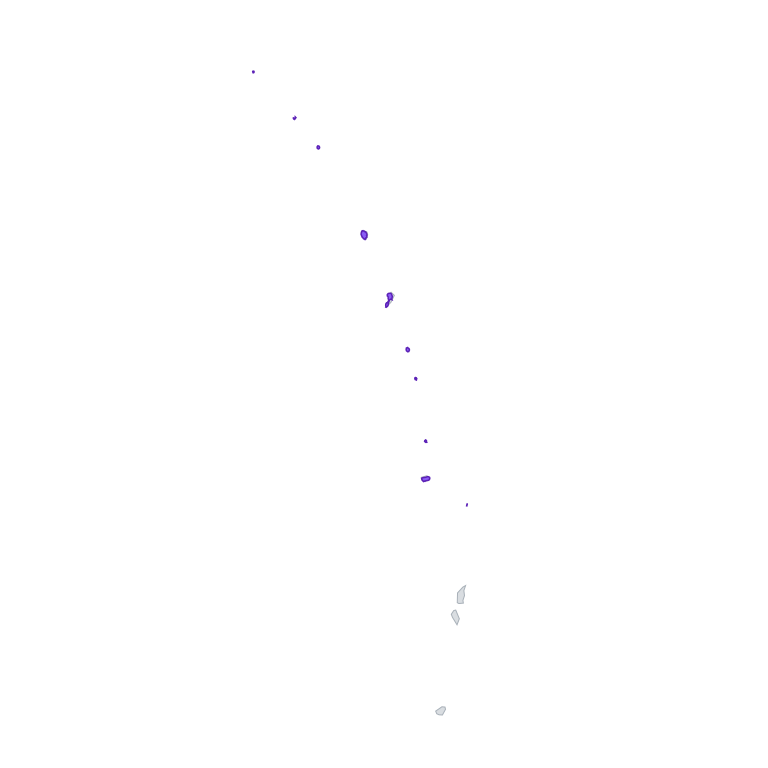 location of Northern Islands, Northern Islands, Northern Mariana Islands, rotated 346°
{"feature_id": "39175420B77088391070908", "entity_name": "Northern Islands", "entity_type": "district", "adm_level": 2, "iso_a3": "MNP", "parent_name": "Northern Mariana Islands", "parent_adm1": "Northern Islands", "projection": "natural_earth1", "projection_center": [145.647, 18.28], "detail": "medium", "context": "in_parent", "style": "filled", "palette": "violet", "viewbox_px": 768, "rotation_deg": 346, "n_neighbors": 0, "source": "geoboundaries", "source_scale": "gbopen_adm2", "svg_char_len": 2567}
<svg xmlns="http://www.w3.org/2000/svg" viewBox="0 0 768 768"><g transform="rotate(346 384 384)"><path d="M408.2,613.1L408.0,615.8L403.5,615.1L402.2,613.9L404.8,604.5L411.3,600.2L414.4,599.3L411.5,603.8L410.9,608.8L408.2,613.1ZM400.3,630.0L396.6,635.3L394.0,627.0L393.6,623.7L396.9,620.7L398.9,620.7L400.3,630.0ZM365.0,714.5L360.6,719.3L357.4,718.3L355.4,716.7L355.0,713.9L362.1,711.2L365.0,712.2L365.0,714.5ZM410.4,306.5L406.2,308.8L411.5,298.5L413.1,296.7L415.5,300.5L410.4,306.5ZM404.3,235.3L401.7,239.2L399.4,236.3L398.8,230.7L402.7,231.2L404.2,232.4L404.3,235.3ZM404.7,487.6L402.7,488.3L399.9,488.0L397.9,486.3L397.5,483.6L403.2,483.4L405.3,485.5L404.7,487.6Z" fill="#d9dde1" stroke="#a8b0b8" stroke-width="1"/><path d="M404.3,309.8L404.6,310.1L406.2,309.5L407.0,308.6L407.6,307.6L407.5,307.2L409.5,304.0L410.3,303.5L411.1,303.3L412.0,304.0L411.9,303.5L412.3,303.2L413.3,300.9L413.0,298.4L412.6,297.8L412.0,297.4L410.4,297.2L409.8,297.3L408.8,298.1L408.5,299.4L409.0,299.9L409.1,300.6L408.7,302.1L408.8,303.5L408.6,304.4L407.0,305.8L406.2,305.8L405.1,306.8L404.6,308.3L404.6,309.4L404.3,309.8ZM397.9,233.6L398.2,234.4L398.1,234.9L398.4,235.9L398.3,236.2L398.7,236.6L399.3,238.2L400.0,238.5L400.3,239.0L400.5,238.9L400.7,239.2L401.1,238.9L401.1,238.5L401.5,237.9L402.3,237.9L402.8,237.6L403.0,237.1L402.9,235.9L403.6,235.4L403.5,233.5L403.2,232.3L402.8,231.8L402.5,231.9L401.6,230.6L400.5,230.5L400.5,230.1L400.2,230.1L399.4,230.3L399.0,231.3L398.4,231.9L397.9,233.6ZM397.6,484.8L397.7,486.5L398.0,486.7L398.2,487.5L398.6,487.7L398.9,488.3L399.8,488.0L400.3,488.3L400.6,488.0L403.8,488.2L404.9,487.8L405.3,487.2L405.4,486.6L405.7,486.4L405.6,485.5L404.6,484.7L403.9,484.4L401.8,484.6L399.0,484.3L397.9,484.5L397.6,484.8ZM413.8,356.0L413.8,357.2L414.8,358.5L415.9,358.5L416.9,357.2L417.0,356.2L416.7,355.5L416.0,354.9L415.8,354.3L414.4,354.5L413.8,356.0ZM376.3,138.5L376.3,139.2L377.1,140.1L378.1,139.9L378.6,139.3L378.8,138.6L378.5,137.5L377.7,137.0L377.3,136.9L376.5,137.7L376.3,138.5ZM415.2,386.2L415.3,387.2L416.4,388.0L417.1,386.6L416.7,386.3L416.8,385.8L416.1,385.3L415.6,385.4L415.2,386.2ZM409.5,449.5L410.3,450.7L411.3,450.9L411.2,450.4L411.5,449.6L411.3,448.8L410.8,448.3L409.8,448.9L409.5,449.5ZM332.2,49.0L332.2,50.3L332.8,50.5L333.3,50.1L333.5,49.5L333.4,49.1L333.1,49.1L332.7,48.7L332.2,49.0ZM362.0,105.0L363.0,104.3L362.5,103.4L362.0,105.0ZM434.7,522.2L434.9,522.3L435.8,520.6L435.8,520.0L434.7,522.2ZM360.3,104.3L360.5,105.1L361.1,105.3L361.0,104.9L360.5,104.3L360.7,103.2L360.3,104.3Z" fill="#8b5cf6" stroke="#5b21b6" stroke-width="1.5"/></g></svg>